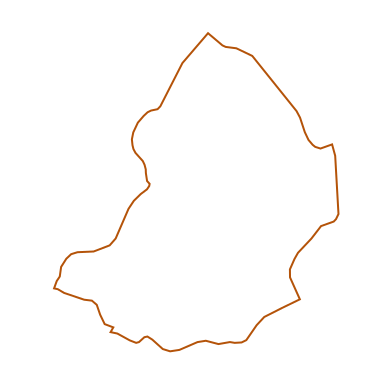 outline of Herrera, rotated 175°
{"feature_id": "PAN-1338", "entity_name": "Herrera", "entity_type": "Province", "adm_level": 1, "iso_a3": "PAN", "parent_name": "Panama", "parent_adm1": "", "projection": "mercator", "projection_center": [-80.638, 7.834], "detail": "fine", "context": "isolated", "style": "outline", "palette": "amber", "viewbox_px": 384, "rotation_deg": 175, "n_neighbors": 0, "source": "natural_earth", "source_scale": "10m", "svg_char_len": 1163}
<svg xmlns="http://www.w3.org/2000/svg" viewBox="0 0 384 384"><g transform="rotate(175 192 192)"><path d="M285.3,59.5L282.2,64.0L290.5,68.0L294.2,77.8L296.7,87.9L301.2,92.5L308.8,94.1L328.2,102.6L334.2,106.9L337.8,108.0L334.5,115.1L331.1,119.3L328.9,128.8L323.0,136.5L317.8,140.6L311.3,142.0L295.2,141.3L278.7,146.0L272.1,152.3L256.7,180.8L250.7,188.3L243.3,194.4L236.6,198.6L234.1,201.7L233.5,203.8L235.8,206.9L236.3,214.9L236.1,218.6L236.9,223.3L238.3,227.1L244.9,235.9L246.6,239.9L247.2,243.8L247.3,249.7L245.3,256.5L239.9,265.8L233.5,272.0L229.3,275.3L225.7,276.7L219.1,277.5L216.1,280.1L190.3,321.3L162.2,348.8L148.9,335.4L145.8,333.6L135.3,331.3L120.1,322.3L80.8,263.5L77.9,256.7L74.4,241.8L71.4,233.7L67.7,228.5L65.3,226.2L60.2,224.1L48.3,227.2L46.2,215.6L48.0,157.3L50.9,152.4L53.4,150.2L66.4,146.8L77.1,135.2L91.7,122.2L95.7,116.4L101.2,106.4L101.8,98.4L93.9,75.7L112.5,68.6L130.9,61.2L139.2,53.7L150.8,39.7L155.7,37.8L162.6,38.0L167.3,39.2L178.9,38.2L191.2,42.6L199.6,42.0L218.3,35.8L227.7,35.2L234.8,38.1L244.4,48.4L249.0,51.9L252.1,51.5L257.9,47.1L260.8,46.6L266.9,49.6L278.7,57.5L285.3,59.5Z" fill="none" stroke="#b45309" stroke-width="2"/></g></svg>